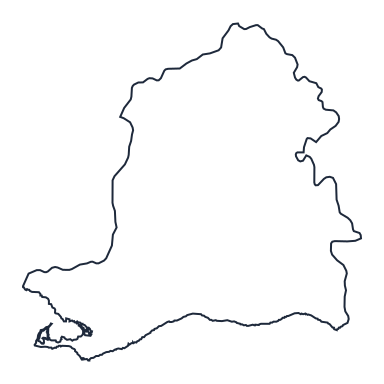 outline of Baní, Peravia, Dominican Republic
{"feature_id": "3306468B54911085338541", "entity_name": "Baní", "entity_type": "district", "adm_level": 2, "iso_a3": "DOM", "parent_name": "Dominican Republic", "parent_adm1": "Peravia", "projection": "natural_earth1", "projection_center": [-70.434, 18.349], "detail": "fine", "context": "isolated", "style": "outline", "palette": "slate", "viewbox_px": 384, "rotation_deg": 0, "n_neighbors": 0, "source": "geoboundaries", "source_scale": "gbopen_adm2", "svg_char_len": 5851}
<svg xmlns="http://www.w3.org/2000/svg" viewBox="0 0 384 384"><path d="M23.0,286.2L23.1,287.1L23.6,287.1L25.1,289.5L26.2,290.1L26.7,289.2L27.4,289.2L27.9,289.8L29.2,289.8L30.0,291.0L32.0,291.9L38.9,292.2L40.4,294.0L40.4,295.5L41.7,295.5L42.2,297.0L45.8,297.3L48.1,298.8L48.9,300.6L48.9,303.9L51.2,304.2L52.4,307.5L54.5,308.4L55.2,309.6L55.0,312.7L55.5,313.3L58.3,313.9L60.9,316.9L61.4,318.4L62.6,319.0L63.9,321.4L66.0,321.4L66.2,318.4L69.5,319.3L69.5,321.4L72.1,320.5L73.1,321.4L74.1,321.1L74.6,322.3L75.9,322.3L76.7,323.5L77.2,323.5L76.7,322.6L76.7,321.7L77.2,321.4L78.0,322.3L80.2,322.6L81.3,323.8L82.5,323.8L82.5,324.4L84.6,325.0L87.1,327.7L88.7,327.7L89.9,328.9L90.7,331.0L92.0,331.3L91.7,332.5L88.9,332.8L89.2,334.0L91.2,334.6L90.5,335.8L85.1,335.2L84.3,334.0L84.6,330.4L84.1,330.1L83.6,328.0L82.0,327.1L81.3,325.9L79.0,324.7L78.7,325.6L80.2,326.5L83.1,330.4L83.1,332.8L84.1,333.4L84.1,334.0L82.8,334.0L82.5,334.9L80.8,336.5L78.2,336.5L77.4,338.9L76.4,339.5L73.6,339.8L72.3,340.7L70.3,339.2L67.0,339.8L64.7,338.3L64.4,337.4L61.9,336.7L61.1,338.0L61.6,339.2L60.6,340.1L60.3,341.6L58.0,342.5L56.3,341.9L55.7,340.4L51.4,340.4L49.6,339.5L49.4,338.0L48.3,337.1L48.6,334.6L47.6,334.3L47.6,337.1L48.1,337.4L47.6,338.3L48.1,338.9L47.8,339.8L45.8,338.9L45.5,338.0L43.2,337.7L42.5,338.3L43.8,339.5L44.0,342.8L43.5,343.7L42.2,343.7L42.2,343.1L40.9,342.8L40.2,341.6L38.4,341.0L38.4,339.8L39.4,338.0L40.2,334.0L41.2,332.5L41.5,331.0L43.5,330.7L45.5,328.9L47.1,328.6L47.3,330.7L46.8,331.9L47.3,332.2L47.3,333.1L48.1,333.1L48.3,327.7L51.7,323.8L50.9,323.5L49.9,325.3L48.1,326.8L46.3,327.1L43.5,329.5L40.7,330.1L40.2,331.9L38.9,333.4L39.2,334.6L38.4,334.6L38.1,335.2L37.6,338.6L36.1,341.0L36.1,342.8L34.6,344.9L34.8,345.5L40.9,347.0L45.0,346.7L47.8,347.0L48.6,347.6L51.4,347.6L52.2,348.8L55.0,347.6L56.0,347.9L56.8,346.7L58.0,346.7L58.8,345.8L60.6,345.8L60.8,346.4L62.4,345.8L68.8,346.1L70.8,346.7L72.1,348.2L74.4,349.1L75.1,350.0L75.1,351.2L77.2,352.7L77.4,353.9L79.7,356.0L81.8,359.6L82.5,359.6L82.0,358.1L83.6,358.1L84.6,359.3L86.9,359.0L88.2,360.5L89.4,360.5L89.4,359.6L91.0,358.1L93.5,357.8L96.1,356.0L98.6,356.0L100.2,354.8L101.9,354.8L103.0,353.6L106.3,352.1L109.1,351.8L110.4,350.9L112.7,351.2L114.7,349.7L116.0,349.7L116.2,349.1L118.3,348.5L121.8,349.1L122.9,347.9L124.4,348.2L128.0,345.8L128.5,343.7L129.5,344.6L131.5,343.1L133.1,343.1L133.1,342.5L133.6,343.1L134.9,342.2L136.4,342.5L137.2,341.3L138.9,340.7L139.7,339.5L141.2,339.2L142.3,337.1L144.1,337.1L145.6,335.2L150.4,332.8L150.4,332.2L152.2,330.4L154.0,330.1L154.5,328.9L156.8,328.3L158.9,326.2L161.2,325.9L167.3,322.0L169.1,321.4L169.8,322.0L171.6,322.0L173.7,321.4L174.4,320.5L177.0,320.5L181.6,318.4L183.4,316.9L185.9,316.3L187.2,315.1L192.8,313.6L201.0,314.2L202.0,315.4L204.0,315.7L205.3,316.9L207.9,317.8L209.9,319.9L211.4,319.9L212.7,320.8L215.8,320.2L216.8,320.8L221.9,321.1L227.3,320.2L231.8,321.7L234.1,321.4L236.4,322.3L236.7,322.9L240.3,323.8L240.5,324.4L242.3,324.4L243.8,325.3L245.9,325.0L246.9,325.9L248.2,325.9L252.8,324.7L254.3,325.3L255.1,325.3L255.3,324.7L258.9,325.0L259.2,324.4L260.9,323.8L269.6,323.8L270.4,322.6L272.2,322.6L273.4,321.7L276.3,321.7L278.3,320.8L278.8,319.9L280.1,319.9L281.6,319.0L282.6,317.8L284.4,317.8L284.7,316.9L286.2,316.9L287.0,316.0L288.3,316.0L294.6,313.3L298.5,313.0L300.8,314.2L301.5,313.6L303.1,314.2L305.3,313.6L305.6,314.2L306.1,313.9L307.6,314.8L308.4,314.5L311.2,315.4L315.8,318.4L317.6,318.7L317.9,319.6L320.2,320.2L321.4,321.7L327.6,322.6L328.1,323.5L329.6,324.1L332.4,327.4L333.9,327.7L333.7,328.3L334.2,329.2L336.7,330.1L336.7,329.5L338.3,328.9L338.8,327.7L340.1,327.7L340.6,326.8L342.4,326.2L343.1,325.0L347.5,322.9L348.7,319.0L348.2,316.0L345.3,311.4L344.5,306.9L344.7,296.6L346.0,290.3L344.9,285.6L344.7,281.2L346.8,273.5L346.3,270.8L343.4,265.0L337.1,260.3L332.1,254.6L330.9,250.9L331.1,243.4L332.3,241.7L334.8,241.1L347.3,241.4L355.3,240.8L361.0,238.4L360.7,235.1L359.5,233.0L353.8,231.1L353.0,229.3L352.1,223.4L350.3,220.3L347.7,217.8L340.8,213.7L339.7,212.3L338.6,205.7L336.6,199.7L336.1,184.1L333.0,177.9L329.8,176.8L326.3,177.3L323.9,178.9L318.0,185.1L315.7,185.3L314.8,184.4L314.3,182.5L314.4,167.2L314.0,164.9L311.3,158.8L309.7,156.9L306.3,155.4L303.0,160.7L300.3,161.4L298.2,160.3L296.0,156.3L295.8,154.3L296.3,153.1L297.4,152.4L303.6,152.4L304.0,147.2L306.7,139.0L307.5,138.1L310.6,138.4L316.1,142.1L321.3,136.0L327.3,133.1L330.3,129.5L335.6,125.9L338.6,121.9L339.1,119.0L338.7,116.1L336.2,112.4L333.4,110.4L325.8,109.7L323.6,108.6L322.9,106.9L322.5,102.1L321.5,101.1L318.7,100.1L317.9,98.6L318.6,96.2L321.7,92.0L321.9,89.6L321.3,88.6L318.3,87.1L316.3,83.2L309.4,81.2L306.0,77.5L304.6,76.8L303.0,77.1L298.8,80.5L297.7,80.5L296.3,79.6L295.0,77.5L293.8,72.8L297.1,67.2L297.6,64.5L295.0,57.7L292.3,55.1L286.9,54.1L285.4,53.3L283.2,47.4L278.1,41.1L276.0,39.7L271.6,38.6L269.5,37.3L266.3,33.8L263.9,29.1L262.2,28.5L257.7,25.1L256.1,25.1L249.8,27.1L246.1,29.0L244.2,29.1L239.2,26.1L238.0,23.5L232.9,24.1L230.6,26.2L228.5,30.4L222.6,38.3L221.1,47.5L218.6,50.3L209.9,53.4L202.8,54.5L196.8,59.1L191.9,60.5L186.4,63.5L179.8,68.5L168.0,68.8L165.6,69.4L164.3,70.7L160.9,78.2L158.7,80.3L156.8,80.4L152.6,78.4L149.4,78.2L147.6,78.9L143.0,82.4L138.3,82.5L134.0,84.6L132.7,86.0L131.9,87.9L131.4,96.7L130.7,99.5L124.2,107.9L120.2,116.9L123.7,118.2L130.1,122.3L132.6,127.5L133.1,130.3L132.0,134.5L131.1,141.0L129.2,146.7L128.7,154.9L128.1,157.6L124.9,164.4L114.5,176.2L112.6,180.3L112.5,202.8L113.1,205.8L114.9,210.9L115.4,221.9L116.6,227.5L112.9,234.6L111.9,245.6L106.2,258.3L104.0,260.6L98.6,263.3L96.2,263.3L92.6,261.7L90.8,261.8L87.0,263.4L79.9,264.6L71.8,269.1L69.2,269.9L62.8,269.8L57.6,267.5L55.1,267.0L52.0,267.8L47.8,271.5L46.1,272.2L44.3,272.1L40.0,270.1L36.8,270.1L28.6,273.6L23.0,286.2ZM86.9,328.9L85.3,330.4L86.4,331.6L87.4,331.6L87.9,331.3L87.6,330.7L88.2,329.8L86.9,328.9Z" fill="none" stroke="#1e293b" stroke-width="2"/></svg>